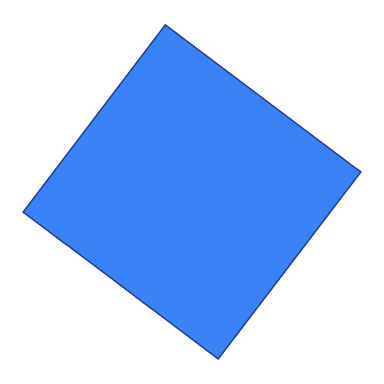 Norton, Kansas, United States of America, rotated 217°
{"feature_id": "52423323B84788735948293", "entity_name": "Norton", "entity_type": "district", "adm_level": 2, "iso_a3": "USA", "parent_name": "United States of America", "parent_adm1": "Kansas", "projection": "robinson", "projection_center": [-99.829, 39.784], "detail": "fine", "context": "isolated", "style": "filled", "palette": "blue", "viewbox_px": 384, "rotation_deg": 217, "n_neighbors": 0, "source": "geoboundaries", "source_scale": "gbopen_adm2", "svg_char_len": 414}
<svg xmlns="http://www.w3.org/2000/svg" viewBox="0 0 384 384"><g transform="rotate(217 192 192)"><path d="M313.9,309.4L314.8,74.3L314.6,74.3L313.6,74.3L273.1,74.3L267.7,74.3L261.2,74.3L256.7,74.6L253.4,74.4L249.9,74.3L248.4,74.4L231.7,74.5L190.5,74.5L180.0,74.5L173.8,74.4L172.1,74.3L155.1,74.4L153.2,74.5L70.6,74.4L69.2,309.7L77.4,309.5L313.9,309.4Z" fill="#3b82f6" stroke="#1e3a8a" stroke-width="1.5"/></g></svg>